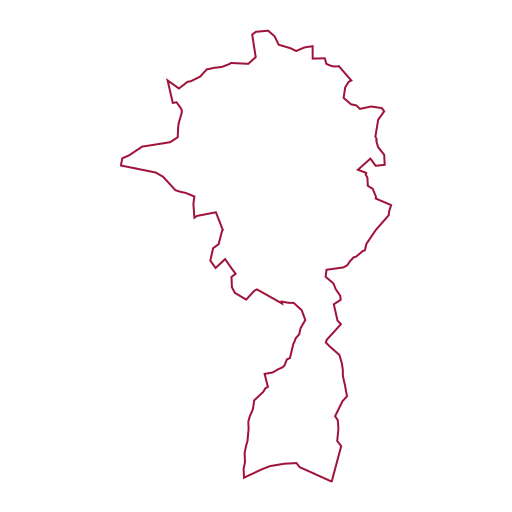 the district of Langtang North, Plateau, Nigeria
{"feature_id": "59680162B43697273286299", "entity_name": "Langtang North", "entity_type": "district", "adm_level": 2, "iso_a3": "NGA", "parent_name": "Nigeria", "parent_adm1": "Plateau", "projection": "mercator", "projection_center": [9.819, 9.049], "detail": "fine", "context": "isolated", "style": "outline", "palette": "rose", "viewbox_px": 512, "rotation_deg": 0, "n_neighbors": 0, "source": "geoboundaries", "source_scale": "gbopen_adm2", "svg_char_len": 2204}
<svg xmlns="http://www.w3.org/2000/svg" viewBox="0 0 512 512"><path d="M167.6,80.4L172.8,102.9L176.5,102.3L179.9,106.8L181.7,109.9L181.9,112.2L178.7,123.1L178.2,126.8L177.7,137.2L170.2,142.2L142.2,146.6L129.0,155.4L122.3,158.3L120.9,165.5L121.3,165.6L155.7,172.5L163.1,176.8L175.4,190.2L180.8,191.9L185.6,192.9L194.4,196.5L193.4,203.8L194.4,217.7L197.1,215.9L215.9,212.3L222.8,229.9L222.2,230.4L218.6,244.2L213.1,248.2L210.3,260.6L215.6,268.0L225.1,259.1L231.1,267.7L235.6,273.8L231.5,276.9L231.9,287.2L234.9,292.9L246.2,299.6L254.4,290.7L257.0,289.4L282.2,303.6L281.7,301.6L288.5,302.8L293.7,302.9L301.7,310.2L305.3,320.0L300.8,327.8L300.6,328.1L299.2,334.3L295.8,338.1L294.6,341.3L293.3,344.1L289.9,358.1L286.9,359.4L284.5,365.4L282.6,367.3L278.3,369.2L272.6,372.5L264.6,373.9L267.9,386.8L265.3,388.4L263.3,391.8L254.2,400.4L252.9,409.2L249.8,416.3L248.3,421.6L248.6,428.6L247.5,440.9L246.0,446.2L244.6,453.2L245.0,462.0L243.6,469.0L244.0,477.7L251.4,474.2L261.8,469.3L270.0,466.1L284.5,463.7L296.5,463.1L299.6,467.1L331.0,481.3L331.8,481.2L341.2,446.1L337.2,441.0L338.4,429.0L337.8,420.3L335.1,416.2L342.5,401.2L347.0,396.3L344.9,384.8L343.9,380.7L342.9,375.9L342.8,369.7L341.8,363.1L339.4,355.0L329.5,346.2L325.8,342.5L326.8,339.7L340.9,324.2L337.5,320.6L333.8,304.3L340.7,299.8L340.2,295.7L335.8,289.3L333.4,283.4L325.6,276.8L326.5,269.8L343.5,267.4L347.2,265.3L349.9,261.3L353.7,257.3L356.0,256.7L362.8,251.0L364.9,250.3L366.4,243.9L375.7,230.1L388.8,215.1L389.0,211.9L391.1,205.1L375.7,198.5L376.0,196.9L372.7,188.8L367.8,185.8L367.4,177.6L365.7,174.7L366.2,172.9L357.9,169.8L370.4,158.6L375.7,165.8L384.7,164.8L384.2,154.9L384.1,154.7L378.0,147.0L376.3,140.8L376.7,139.5L375.4,136.5L378.2,119.7L384.2,111.3L381.8,108.1L371.2,106.5L359.9,108.9L356.3,105.4L351.0,104.3L343.6,97.9L345.2,87.4L348.6,81.8L351.3,80.5L338.8,66.1L337.7,66.4L333.1,66.4L329.6,65.3L326.4,63.9L324.8,58.3L312.7,58.6L312.6,46.2L304.6,47.4L296.1,51.0L290.7,48.3L278.7,44.7L274.5,36.2L268.1,30.7L255.9,31.8L252.2,34.6L255.7,57.1L248.3,63.8L230.9,63.0L229.5,64.0L222.0,66.9L213.6,67.9L210.4,68.7L206.8,69.3L200.2,76.6L194.5,79.4L190.9,81.2L187.5,81.8L178.9,88.5L167.6,80.4Z" fill="none" stroke="#9f1239" stroke-width="2"/></svg>